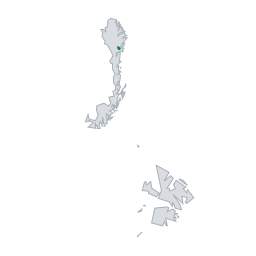 location of Rindal nor, Møre og Romsdal, Norway, rotated 152°
{"feature_id": "86288312B78124054872734", "entity_name": "Rindal nor", "entity_type": "district", "adm_level": 2, "iso_a3": "NOR", "parent_name": "Norway", "parent_adm1": "Møre og Romsdal", "projection": "mercator", "projection_center": [9.312, 63.003], "detail": "fine", "context": "in_parent", "style": "filled", "palette": "green", "viewbox_px": 256, "rotation_deg": 152, "n_neighbors": 0, "source": "geoboundaries", "source_scale": "gbopen_adm2", "svg_char_len": 4266}
<svg xmlns="http://www.w3.org/2000/svg" viewBox="0 0 256 256"><g transform="rotate(152 128 128)"><path d="M135.1,156.6L130.7,158.7L131.4,160.2L130.2,164.2L125.3,162.6L124.2,167.3L120.8,167.8L118.9,171.5L119.7,174.3L116.9,179.9L114.2,181.2L114.0,187.2L111.5,192.2L112.8,193.0L112.7,195.6L107.1,198.9L107.1,211.0L109.2,213.3L107.5,215.5L108.1,220.9L105.7,223.9L105.6,227.8L103.2,226.3L102.5,222.9L101.2,227.3L99.4,226.7L95.3,232.2L91.8,232.9L87.4,228.9L87.7,227.3L89.1,228.1L89.9,227.3L88.5,226.8L90.0,224.1L86.3,226.0L86.8,223.6L89.5,222.6L88.1,222.3L89.3,220.1L91.8,218.4L89.3,219.4L86.3,223.6L86.5,221.0L87.9,220.8L86.3,218.8L87.8,217.4L86.2,217.7L85.9,215.2L91.9,215.8L93.6,214.2L86.2,214.3L86.9,212.5L85.7,210.0L88.9,210.6L91.0,210.1L86.3,208.3L95.1,204.6L91.0,204.7L93.5,202.2L96.6,203.8L95.2,201.8L96.5,198.9L103.0,199.8L105.0,196.2L100.9,199.5L99.4,198.2L105.1,189.5L108.1,188.6L109.3,186.9L107.0,187.4L109.7,182.5L108.9,181.4L112.7,180.0L109.9,180.5L110.2,177.5L112.9,173.8L116.7,173.2L113.9,172.7L115.4,170.3L117.3,172.1L117.6,170.7L114.9,168.5L118.5,165.2L119.4,167.9L119.1,164.5L123.1,163.6L120.0,162.7L124.7,157.6L125.2,155.0L126.9,156.3L126.2,154.8L129.4,152.1L129.3,155.4L131.3,150.9L130.6,156.1L132.5,154.6L132.2,151.2L136.2,151.9L134.3,148.4L138.3,147.2L140.3,150.6L144.4,141.5L147.5,143.2L145.3,149.5L149.6,142.4L149.8,146.9L151.0,146.0L152.8,140.7L155.2,141.8L153.7,144.5L154.8,144.6L154.6,148.3L156.5,142.8L162.8,147.5L156.3,149.2L159.1,152.7L162.7,153.4L156.9,158.7L158.0,155.0L157.4,153.3L153.3,149.9L148.3,153.1L147.4,159.0L145.0,162.2L137.5,161.2L135.1,156.6ZM119.2,30.6L123.9,34.9L123.4,41.7L125.6,38.1L126.4,43.6L134.4,51.7L127.8,57.1L120.6,81.8L112.5,69.5L121.2,64.1L112.8,65.9L111.6,62.2L121.9,56.6L119.8,55.3L120.8,52.9L114.6,52.0L114.4,56.6L110.0,59.2L104.7,48.5L107.8,48.5L106.6,43.2L104.3,45.7L102.7,35.6L111.6,33.8L112.3,35.5L108.3,38.7L112.4,42.4L115.0,35.4L119.5,48.1L118.0,36.4L119.2,30.6ZM129.5,23.1L137.1,30.6L139.2,23.2L140.2,24.1L139.6,28.3L143.4,25.3L151.7,33.1L142.0,44.7L130.7,40.0L129.4,38.3L132.7,35.7L126.6,35.5L125.2,32.7L126.9,30.9L124.2,29.0L128.4,29.5L127.9,25.7L129.6,27.6L129.5,23.1ZM135.1,53.9L140.6,60.5L139.6,62.7L144.9,66.1L138.6,72.7L137.5,72.1L138.3,68.9L133.1,70.2L135.2,63.7L131.0,55.7L135.1,53.9ZM117.8,162.5L120.1,161.2L113.3,165.5L116.7,162.1L116.9,158.6L118.9,156.6L117.8,162.5ZM121.4,155.9L124.6,155.6L120.9,158.3L121.4,155.9ZM124.6,153.9L129.2,150.3L126.7,154.1L124.6,153.9ZM102.4,49.3L106.1,56.3L107.0,59.3L104.0,55.9L102.4,49.3ZM115.6,158.9L116.2,162.1L113.7,161.3L115.6,158.9ZM140.5,143.2L138.7,145.7L136.2,144.7L139.1,144.2L140.5,143.2ZM140.8,145.0L140.0,147.9L139.0,147.1L140.8,145.0ZM110.5,165.7L112.9,165.0L110.3,167.0L110.5,165.7ZM170.5,28.1L164.3,29.6L170.7,27.7L170.5,28.1ZM155.5,48.3L159.1,49.2L153.7,50.0L155.5,48.3ZM146.1,141.3L147.9,140.6L148.5,141.2L146.1,141.3ZM142.1,144.3L141.7,145.8L141.2,144.5L142.1,144.3ZM132.3,148.4L132.2,150.0L131.5,149.4L132.3,148.4ZM127.9,106.3L127.7,108.1L126.8,106.6L127.9,106.3ZM151.1,52.4L149.5,52.0L149.3,51.1L151.1,52.4ZM103.7,189.5L104.2,190.5L102.9,190.2L103.7,189.5ZM129.1,148.1L130.1,148.7L130.6,149.6L129.1,148.1ZM125.3,25.3L126.0,27.2L124.9,26.5L125.3,25.3ZM97.1,198.2L95.6,198.3L97.2,197.7L97.1,198.2ZM95.0,199.7L94.4,200.5L94.2,200.1L95.0,199.7ZM109.9,167.3L109.1,168.4L110.0,166.6L109.9,167.3ZM86.0,219.2L85.9,220.3L85.8,218.8L86.0,219.2ZM108.3,181.7L108.0,180.8L108.5,180.9L108.3,181.7ZM159.5,151.3L159.3,152.5L159.2,152.3L159.5,151.3ZM108.8,182.4L107.9,182.6L108.9,182.2L108.8,182.4ZM106.3,184.3L106.3,185.1L105.9,184.8L106.3,184.3ZM85.6,214.3L85.3,215.0L85.4,214.4L85.6,214.3Z" fill="#d9dde1" stroke="#a8b0b8" stroke-width="1"/><path d="M98.8,201.5L98.7,201.5L98.4,201.5L98.2,201.7L98.2,201.8L98.3,201.9L98.3,202.0L98.2,202.0L97.9,202.0L97.7,202.1L97.7,202.3L97.8,202.4L98.0,202.3L98.0,202.5L98.2,202.8L98.2,202.7L98.2,202.8L98.3,202.9L98.3,203.0L98.2,202.9L98.1,203.0L98.1,203.3L98.3,203.4L98.5,203.3L98.7,203.5L98.7,203.8L98.7,204.0L98.8,204.2L99.0,204.0L99.1,203.8L99.1,203.7L99.0,203.3L99.0,203.1L99.2,202.9L99.3,202.9L99.5,202.8L99.4,202.8L99.4,202.7L99.4,202.8L99.2,202.8L99.2,202.7L99.2,202.8L99.2,202.7L99.1,202.4L99.0,202.2L99.1,201.9L99.1,201.7L98.9,201.6L98.8,201.5Z" fill="#22c55e" stroke="#15803d" stroke-width="1.5"/></g></svg>